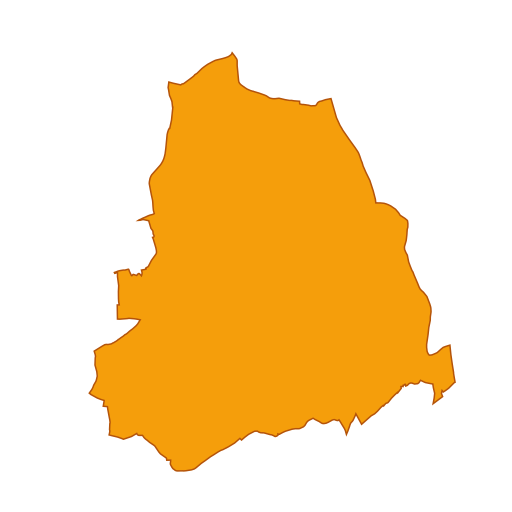 Valea Larga, Mures, Romania (Robinson projection), rotated 83°
{"feature_id": "2599482B72201107015433", "entity_name": "Valea Larga", "entity_type": "district", "adm_level": 2, "iso_a3": "ROU", "parent_name": "Romania", "parent_adm1": "Mures", "projection": "robinson", "projection_center": [24.071, 46.628], "detail": "fine", "context": "isolated", "style": "filled", "palette": "amber", "viewbox_px": 512, "rotation_deg": 83, "n_neighbors": 0, "source": "geoboundaries", "source_scale": "gbopen_adm2", "svg_char_len": 6039}
<svg xmlns="http://www.w3.org/2000/svg" viewBox="0 0 512 512"><g transform="rotate(83 256 256)"><path d="M415.7,423.6L416.4,421.9L418.8,415.5L420.5,412.0L421.7,409.9L420.0,401.6L417.6,396.0L418.3,395.8L419.0,395.4L419.7,394.4L420.2,390.5L422.5,389.3L424.2,388.0L425.7,386.4L428.0,384.3L431.4,380.4L432.4,379.5L438.7,376.3L440.8,374.9L445.5,369.7L446.1,369.5L447.8,369.5L448.2,365.6L450.0,365.9L451.2,366.3L452.6,366.3L455.6,365.1L457.0,364.3L457.7,363.5L459.0,362.2L459.4,361.4L459.7,360.5L460.3,355.0L460.5,354.1L460.6,351.8L460.4,346.0L459.8,343.1L458.8,341.2L455.2,335.7L452.7,331.0L449.6,325.5L448.3,322.6L445.7,317.2L444.6,314.5L444.2,312.6L442.0,306.6L439.0,300.0L435.1,294.2L436.9,292.8L434.5,289.2L432.1,285.1L429.8,278.9L429.8,277.9L430.0,276.0L431.1,274.7L431.9,273.1L432.1,272.5L432.4,270.4L432.6,269.5L435.1,263.5L435.3,262.5L436.3,260.7L437.3,259.4L437.5,259.0L437.5,258.7L437.3,257.4L436.5,256.0L435.3,255.9L435.7,255.2L435.8,254.4L435.4,253.6L434.2,250.4L433.5,248.1L433.3,247.0L432.3,241.3L432.2,238.1L432.6,234.7L432.6,233.7L431.3,229.7L430.1,228.1L427.7,226.3L426.4,225.0L425.5,223.4L424.0,219.1L425.5,217.3L428.3,213.0L428.8,212.6L429.8,211.3L430.2,210.7L430.5,209.8L430.6,208.7L430.5,206.8L429.9,204.7L428.1,200.2L427.9,199.0L428.0,197.9L428.8,196.5L429.2,195.4L429.3,194.8L429.2,194.3L428.7,193.6L430.5,192.7L438.0,189.3L440.2,188.6L444.1,188.0L441.0,186.2L436.4,183.9L435.0,183.3L433.8,182.6L433.2,182.2L431.8,180.5L430.9,179.7L426.4,176.9L424.8,176.1L435.9,171.7L428.6,161.1L427.1,157.5L424.9,154.4L421.4,150.4L419.8,148.0L420.4,147.6L418.3,145.4L418.0,144.8L417.8,143.4L417.5,142.8L413.6,138.8L410.8,135.3L408.6,132.2L409.1,132.0L405.1,128.0L403.2,128.0L403.2,127.5L403.5,125.9L402.3,125.8L402.3,124.8L401.6,124.3L401.6,123.3L403.3,123.2L403.1,122.4L402.8,121.5L401.4,119.8L400.9,118.3L401.1,116.8L402.4,114.2L402.4,111.0L401.6,109.7L399.4,107.9L401.8,104.1L402.3,103.2L404.0,98.1L404.6,96.1L408.4,96.0L414.1,95.4L418.8,96.5L424.2,98.2L418.3,87.9L415.0,88.7L412.2,87.7L413.8,86.7L412.8,84.6L410.8,81.0L405.8,74.6L405.6,73.8L405.3,73.8L399.7,74.1L396.3,74.2L395.7,74.1L387.3,74.4L377.7,74.6L368.1,74.4L368.9,78.8L369.3,80.4L369.5,81.3L371.0,83.7L373.9,87.8L374.3,88.8L375.1,91.5L375.6,93.5L375.6,94.4L375.6,95.8L375.4,96.2L374.1,97.0L373.0,97.4L371.5,97.8L367.5,97.8L364.4,97.4L354.9,94.8L348.0,93.2L341.1,90.9L337.7,90.4L333.3,89.2L332.2,89.0L328.9,88.8L327.5,88.9L324.7,89.4L317.1,91.3L312.4,94.2L310.6,95.8L308.8,97.1L307.5,97.6L306.4,98.0L302.9,98.9L294.3,101.4L291.0,102.2L289.3,103.0L284.8,104.2L280.5,105.2L273.6,105.7L270.9,106.8L267.7,107.7L265.3,107.6L264.3,107.3L259.1,105.1L257.6,104.7L253.4,103.7L248.1,102.7L245.9,101.8L242.4,101.3L240.2,101.3L239.2,101.4L236.9,103.5L233.2,107.9L230.5,109.2L226.6,111.8L224.3,114.4L222.7,116.2L221.2,118.5L220.1,120.6L219.3,122.5L218.5,126.0L217.9,130.6L214.2,130.6L205.8,131.7L194.9,133.8L186.2,136.8L179.8,138.7L176.2,139.3L173.7,140.0L169.7,140.8L166.5,141.6L165.2,142.1L161.0,144.2L151.9,149.2L141.6,154.6L139.8,155.3L136.7,156.7L128.5,159.3L108.9,162.4L109.3,167.9L110.2,172.3L110.3,173.9L110.4,174.3L111.0,175.5L111.5,176.2L113.5,177.8L114.0,178.7L114.0,179.3L113.8,181.0L113.7,183.0L112.7,185.6L111.4,190.5L111.2,192.0L110.3,194.1L107.7,193.9L106.6,199.4L105.9,201.7L105.6,204.0L104.4,208.0L102.3,213.7L102.2,214.3L102.2,218.0L101.9,220.1L101.5,221.4L101.2,222.3L100.7,223.4L98.3,226.2L97.3,227.9L94.6,233.3L92.6,237.9L92.1,238.8L92.0,239.5L91.8,239.7L91.2,241.2L89.2,244.5L87.7,246.3L84.6,249.7L83.7,250.5L82.5,251.3L81.2,251.8L79.7,251.9L64.8,251.5L59.9,250.9L58.8,251.0L58.0,251.2L54.9,252.8L51.4,254.9L52.6,255.6L53.3,256.4L54.2,258.0L54.8,259.3L55.5,262.3L56.0,265.5L56.7,271.6L56.9,272.7L57.7,275.1L59.9,280.7L62.0,284.6L63.4,286.9L67.6,292.4L68.5,294.5L69.8,295.9L70.7,297.3L74.7,304.3L75.7,306.1L76.2,307.0L76.2,308.1L76.3,308.6L76.5,309.1L77.0,309.8L74.4,317.2L72.7,321.3L78.1,322.7L80.7,322.5L86.1,322.3L89.1,321.4L92.1,320.7L92.8,320.6L98.0,320.7L98.1,320.4L110.8,323.3L118.9,326.1L119.0,326.3L118.9,326.7L119.5,327.0L119.9,327.4L122.4,328.6L124.6,329.4L138.2,332.4L143.6,333.8L146.0,334.7L148.1,335.6L150.4,336.9L151.9,338.0L153.5,339.3L154.4,340.2L158.3,344.6L162.6,349.5L164.0,350.6L166.0,351.7L169.0,352.7L170.8,353.1L171.9,353.1L182.6,352.4L187.8,351.9L189.9,351.9L194.7,352.2L198.1,352.3L201.5,351.8L201.9,352.7L202.2,353.9L202.5,356.3L203.0,358.3L204.0,361.4L204.7,363.9L205.6,366.3L205.8,367.4L206.3,368.4L206.4,366.5L206.1,364.3L206.2,363.1L207.9,358.2L215.8,356.9L218.2,355.5L219.2,355.3L221.5,355.4L223.4,354.7L224.0,354.8L224.6,355.1L224.8,355.4L224.9,356.4L226.6,355.9L235.6,354.4L238.3,354.2L240.0,354.3L240.9,354.5L241.7,354.9L242.6,355.7L247.6,360.3L253.0,364.0L253.6,364.6L254.2,366.4L254.6,366.9L254.9,367.0L255.3,366.6L255.5,366.6L255.8,367.7L256.0,371.4L257.4,371.2L258.8,371.1L260.1,371.4L261.7,372.1L259.7,373.6L259.3,373.9L259.1,374.4L259.2,374.8L259.5,375.2L259.6,375.8L260.5,376.4L260.8,376.8L259.3,380.0L259.4,380.4L260.3,381.3L260.3,382.0L256.2,383.4L253.9,383.9L253.6,384.1L253.6,384.9L254.0,387.7L253.8,389.5L253.9,392.3L254.0,393.5L254.2,394.9L254.8,397.1L255.0,398.3L255.1,398.6L256.0,398.3L255.9,397.5L255.4,395.5L256.0,395.5L259.6,396.0L268.7,395.9L274.5,396.9L281.7,397.7L285.0,397.9L287.8,397.7L287.7,399.7L301.7,401.2L302.1,398.9L302.4,391.9L302.4,390.4L302.3,389.9L303.5,384.3L304.1,382.1L305.2,378.7L309.0,381.7L310.7,383.6L313.4,387.5L314.2,389.0L315.3,390.8L317.0,393.2L317.7,394.4L318.0,395.5L319.4,397.6L320.6,400.0L321.2,401.0L322.0,402.5L322.1,403.0L322.5,403.3L323.5,405.1L324.1,406.6L324.7,407.8L324.9,408.8L325.5,410.0L325.6,410.5L325.8,413.2L325.7,414.6L325.5,415.3L325.6,416.9L326.8,419.8L330.7,428.2L334.1,427.6L335.9,427.5L337.7,428.0L344.6,429.1L351.4,428.1L355.9,428.2L359.2,429.4L360.8,430.1L364.4,432.8L366.6,433.9L368.5,435.2L371.8,438.2L372.9,437.0L373.1,437.1L377.6,430.9L379.4,427.6L380.9,424.3L386.5,425.9L387.4,421.8L389.8,421.8L401.3,421.1L402.6,421.1L404.0,421.2L404.5,421.5L410.5,422.5L411.8,422.4L412.8,422.6L415.7,423.6Z" fill="#f59e0b" stroke="#b45309" stroke-width="1.5"/></g></svg>